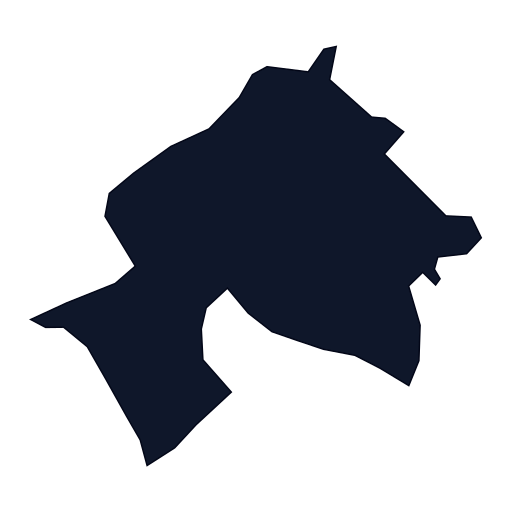 the district of Ulugnar, Andijon, Uzbekistan
{"feature_id": "79887680B97911252833963", "entity_name": "Ulugnar", "entity_type": "district", "adm_level": 2, "iso_a3": "UZB", "parent_name": "Uzbekistan", "parent_adm1": "Andijon", "projection": "orthographic", "projection_center": [71.683, 40.776], "detail": "fine", "context": "isolated", "style": "filled", "palette": "ink", "viewbox_px": 512, "rotation_deg": 0, "n_neighbors": 0, "source": "geoboundaries", "source_scale": "gbopen_adm2", "svg_char_len": 780}
<svg xmlns="http://www.w3.org/2000/svg" viewBox="0 0 512 512"><path d="M481.3,237.8L471.2,217.1L445.9,215.9L384.3,154.0L403.7,131.8L385.2,118.3L371.6,117.1L329.6,79.7L336.2,46.5L323.9,49.2L308.2,71.9L267.0,66.7L252.5,74.6L239.3,97.5L209.0,128.9L170.9,146.4L133.7,173.1L109.3,193.4L105.0,216.3L135.3,266.1L115.2,283.5L67.1,302.7L30.7,319.5L45.6,327.4L63.6,327.2L87.3,346.7L105.2,378.0L126.6,416.3L140.2,439.9L147.1,465.5L174.7,447.8L196.1,424.7L219.0,403.5L231.3,392.1L202.9,359.8L201.3,329.0L206.2,307.8L227.4,288.1L248.2,313.1L272.0,331.7L297.4,340.5L323.6,349.3L354.9,355.3L380.0,368.2L408.8,385.6L418.9,360.7L420.1,325.2L408.6,286.0L422.7,272.3L435.6,285.0L440.1,278.8L434.4,269.2L437.8,257.0L466.6,253.7L481.3,237.8Z" fill="#0f172a" stroke="#020617" stroke-width="1.5"/></svg>